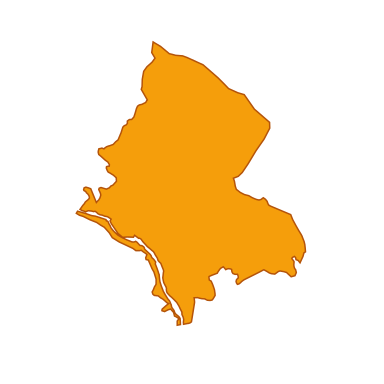 outline of Markz Samalut, Al Minya, Egypt, rotated 134°
{"feature_id": "37247803B46419468197970", "entity_name": "Markz Samalut", "entity_type": "district", "adm_level": 2, "iso_a3": "EGY", "parent_name": "Egypt", "parent_adm1": "Al Minya", "projection": "orthographic", "projection_center": [30.711, 28.284], "detail": "fine", "context": "isolated", "style": "filled", "palette": "amber", "viewbox_px": 384, "rotation_deg": 134, "n_neighbors": 0, "source": "geoboundaries", "source_scale": "gbopen_adm2", "svg_char_len": 5722}
<svg xmlns="http://www.w3.org/2000/svg" viewBox="0 0 384 384"><g transform="rotate(134 192 192)"><path d="M282.3,260.5L281.8,258.4L280.6,255.9L280.0,254.7L277.6,253.7L275.4,250.9L274.5,249.2L273.2,248.3L272.9,246.4L273.0,244.6L272.2,242.2L271.0,240.5L270.1,238.1L268.5,235.7L267.8,232.4L267.7,231.3L269.7,230.8L270.8,228.1L273.2,216.5L272.8,210.4L269.4,207.4L265.2,202.7L263.0,203.2L262.8,201.5L262.5,199.2L262.4,198.2L261.7,197.6L261.3,195.9L261.9,192.7L262.0,190.8L262.2,187.4L262.3,186.4L262.0,183.0L261.9,180.5L261.7,178.5L261.9,177.2L262.8,174.6L263.6,171.1L263.7,170.9L264.8,168.9L265.0,167.1L265.0,164.9L265.4,164.0L266.6,161.4L267.6,159.1L268.5,157.5L270.0,156.5L272.3,154.7L274.0,153.4L275.3,151.7L276.8,149.4L277.7,146.9L278.3,144.9L279.1,143.4L280.0,142.7L281.4,140.9L281.9,139.2L281.9,138.7L282.1,135.9L281.9,133.6L281.9,130.3L282.0,127.6L282.0,126.4L282.5,124.5L283.1,122.2L284.2,119.4L285.4,115.9L287.1,114.1L288.1,111.6L289.4,109.5L291.7,107.7L293.0,106.2L291.0,104.8L289.6,103.8L289.2,103.4L287.6,102.5L285.8,102.2L284.2,103.3L271.3,112.3L270.0,113.2L269.5,113.6L269.0,114.1L267.9,115.4L266.6,117.0L264.0,114.5L263.2,112.9L261.9,110.8L260.1,108.7L259.2,105.8L257.5,103.7L255.8,102.5L254.2,102.6L252.5,103.0L250.4,103.5L248.8,105.2L248.4,105.8L246.8,107.8L245.2,110.8L244.0,113.3L242.8,116.3L243.3,118.4L242.2,119.8L241.3,120.9L240.8,121.0L237.9,119.8L235.4,118.6L232.8,117.4L231.6,117.8L228.7,118.3L227.1,118.4L224.1,117.6L224.1,116.9L224.1,116.3L224.4,113.8L223.2,113.4L221.9,112.6L220.6,110.9L220.2,109.7L221.0,108.8L221.8,107.5L222.2,105.9L221.3,103.8L219.6,102.1L220.4,100.4L221.6,99.1L224.1,99.1L225.7,98.2L226.5,96.9L226.8,95.5L226.9,95.2L225.6,94.4L223.6,94.1L221.9,94.1L219.4,93.7L217.3,93.0L202.8,87.9L200.0,87.0L198.0,86.3L197.0,82.5L196.6,80.4L195.7,78.3L193.5,75.4L191.9,75.1L189.4,74.7L188.3,74.2L187.7,73.9L185.5,70.6L184.2,68.1L184.2,66.4L184.2,66.2L184.2,65.8L184.1,61.8L180.7,59.8L178.2,60.7L177.4,61.1L175.8,63.7L175.8,64.9L174.6,67.1L173.4,68.4L171.3,70.1L170.9,71.4L170.6,73.9L169.4,74.3L167.2,73.6L167.2,71.9L168.4,70.2L167.5,68.1L167.9,65.1L161.3,67.4L158.0,69.2L156.2,68.8L153.9,71.4L151.4,74.4L149.8,76.9L147.6,81.7L147.4,82.0L146.7,84.1L145.5,88.8L144.0,93.9L143.2,96.4L142.0,100.2L139.7,105.3L147.6,125.7L148.1,127.8L147.9,128.4L147.7,129.1L146.5,131.6L146.2,134.1L146.6,136.7L147.9,137.0L149.1,137.0L151.2,138.2L152.5,140.3L153.4,142.4L154.3,144.9L155.2,148.6L157.4,152.4L158.8,157.0L159.3,162.0L157.7,165.0L154.9,168.8L153.3,171.8L148.6,169.6L143.1,169.4L132.9,171.2L117.6,174.7L103.9,176.9L92.1,180.4L88.0,184.6L89.1,204.6L85.7,222.1L88.9,228.2L92.2,237.5L92.0,242.8L91.8,252.4L92.8,272.3L98.7,289.0L100.6,293.3L105.1,298.8L106.9,302.1L108.3,304.4L109.1,315.5L111.1,324.2L119.7,317.8L121.4,311.6L126.3,310.9L133.2,311.4L138.7,310.6L145.4,306.1L150.9,301.1L153.4,299.8L156.8,288.1L157.2,288.1L157.6,288.1L159.3,287.6L160.1,287.6L162.2,288.4L163.5,288.8L166.0,290.4L168.1,290.8L170.6,289.9L174.7,287.7L178.4,285.9L181.7,285.8L183.4,287.4L185.9,287.8L187.6,286.1L189.7,286.0L191.3,286.8L193.4,286.8L198.8,284.1L199.4,283.9L205.8,281.4L209.1,281.8L212.5,281.7L213.1,282.0L215.8,283.3L217.1,284.1L218.0,284.5L218.8,284.9L220.9,285.3L222.1,285.3L223.0,287.3L224.3,288.1L225.6,289.0L227.6,287.9L228.0,287.6L228.8,286.8L229.8,285.1L229.6,283.0L229.5,280.5L229.4,276.7L228.9,273.3L229.7,270.4L230.9,269.5L231.8,270.3L233.1,271.1L234.3,270.3L235.5,267.7L235.9,266.0L235.4,264.4L234.5,260.2L234.4,257.2L234.4,256.4L236.8,253.8L237.2,253.8L242.2,253.7L243.9,254.5L246.4,254.4L249.4,255.6L249.6,256.0L250.7,258.1L252.0,260.6L253.7,261.4L254.9,260.9L255.3,260.1L255.6,259.3L256.1,258.0L256.5,257.1L257.3,255.8L257.7,255.4L260.2,254.1L260.6,254.1L262.2,253.6L264.3,253.6L266.0,253.5L260.0,267.1L260.9,269.2L262.2,271.7L263.9,272.5L265.6,271.6L266.0,270.8L265.5,268.7L265.9,267.4L265.8,265.7L266.2,263.6L267.0,262.3L267.8,261.5L269.5,261.4L273.3,261.8L275.3,261.3L276.2,261.3L277.7,261.2L281.4,260.6L282.3,260.5L282.3,260.5ZM287.7,260.4L286.9,256.8L285.1,253.2L282.9,246.2L281.5,242.8L280.1,239.4L279.3,234.7L278.3,230.6L278.8,223.3L280.2,217.6L278.5,209.6L276.8,204.7L273.6,195.2L273.2,191.7L270.5,188.9L269.2,188.0L268.9,185.4L268.6,183.9L268.4,182.6L268.3,181.0L271.5,179.6L272.5,178.1L271.3,176.1L274.9,167.5L276.0,163.8L279.6,157.3L282.0,155.0L283.4,153.7L286.3,153.1L289.2,151.9L291.6,151.2L292.7,149.2L292.6,147.3L291.3,145.6L290.2,144.2L290.1,142.9L289.9,140.7L289.3,138.6L289.1,135.2L289.1,133.2L288.5,131.3L291.6,131.7L296.8,132.1L297.0,132.1L298.2,131.3L298.3,131.1L297.1,128.8L297.0,128.6L296.9,128.6L293.4,127.4L291.1,126.1L291.4,121.6L293.4,118.4L292.9,117.1L292.3,114.2L292.4,113.2L293.4,113.2L295.1,113.0L298.1,110.1L295.4,108.2L293.0,110.7L291.2,112.8L290.8,114.6L290.8,115.2L290.9,116.7L291.1,118.5L290.8,120.5L289.7,122.7L289.4,124.4L289.1,126.2L288.4,127.5L287.6,128.5L287.2,129.6L286.4,131.3L285.9,132.7L285.7,135.1L284.5,139.9L283.3,143.8L282.5,145.4L280.8,149.1L278.7,152.9L277.0,155.0L276.6,155.5L275.0,157.4L274.1,158.4L273.8,159.4L273.2,160.3L272.1,162.4L271.1,164.4L269.8,167.2L269.3,168.4L267.6,169.5L267.4,170.6L267.0,172.9L267.1,174.7L266.9,175.8L266.2,177.2L265.9,178.9L266.0,184.8L266.0,186.4L265.4,187.3L265.1,188.1L265.0,188.9L265.4,190.8L266.6,192.4L266.4,195.3L266.3,196.5L266.6,198.3L267.6,198.6L268.7,199.4L269.7,200.7L270.5,202.8L271.8,205.9L273.3,210.5L273.9,212.7L274.5,215.4L274.6,220.3L274.5,222.2L274.0,225.6L273.2,227.3L272.4,230.2L271.8,231.2L271.6,232.6L271.9,233.1L272.2,233.4L272.2,233.7L271.6,234.7L273.0,237.6L274.8,241.3L276.7,245.1L276.9,245.3L277.2,245.7L278.6,247.7L279.4,249.3L280.3,251.3L280.9,252.6L281.3,253.6L282.2,255.2L282.9,256.4L283.7,257.9L285.3,261.0L287.7,260.4Z" fill="#f59e0b" stroke="#b45309" stroke-width="1.5"/></g></svg>